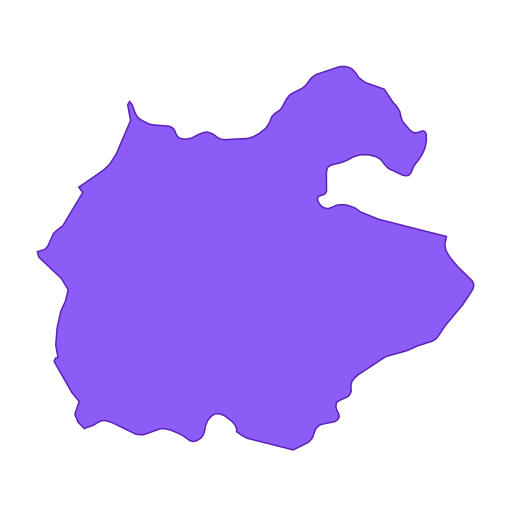 outline of Wicklow, rotated 182°
{"feature_id": "IRL-719", "entity_name": "Wicklow", "entity_type": "County", "adm_level": 1, "iso_a3": "IRL", "parent_name": "Ireland", "parent_adm1": "", "projection": "natural_earth1", "projection_center": [-6.415, 52.953], "detail": "fine", "context": "isolated", "style": "filled", "palette": "violet", "viewbox_px": 512, "rotation_deg": 182, "n_neighbors": 0, "source": "natural_earth", "source_scale": "10m", "svg_char_len": 2915}
<svg xmlns="http://www.w3.org/2000/svg" viewBox="0 0 512 512"><g transform="rotate(182 256 256)"><path d="M421.6,77.6L421.7,77.8L428.2,83.9L431.5,91.7L427.6,104.5L435.1,112.9L454.1,143.6L453.1,146.3L452.8,146.8L452.3,146.7L450.4,148.1L453.0,159.7L452.3,176.9L449.2,193.8L444.8,204.4L442.5,215.8L449.8,226.8L473.0,247.3L474.7,252.6L467.5,255.1L464.6,258.2L459.1,271.5L456.2,274.5L450.1,279.5L431.4,313.3L435.5,318.6L411.8,336.2L405.3,342.8L399.2,353.1L386.1,386.9L389.5,402.7L387.7,406.0L385.3,403.1L383.2,398.4L382.4,396.0L380.0,391.7L378.5,390.1L377.2,389.1L375.8,388.1L367.9,384.3L364.1,383.5L347.4,382.7L344.3,381.4L342.4,379.8L341.2,377.5L340.2,375.1L338.8,372.9L336.8,371.3L333.5,370.4L329.3,370.5L324.5,371.6L317.8,375.4L313.4,377.3L309.1,378.3L304.2,376.8L301.3,375.1L298.9,373.3L296.2,371.9L292.2,371.1L268.1,373.2L262.8,375.2L257.9,378.0L250.9,383.8L248.4,387.6L246.6,391.2L245.8,394.0L244.6,396.4L242.9,398.4L240.9,400.0L238.7,401.6L236.7,403.2L235.2,405.4L231.6,412.9L228.8,417.1L226.9,418.8L224.7,420.4L217.2,424.3L214.9,425.9L212.9,427.6L211.3,429.7L208.3,434.0L206.7,436.0L204.2,438.1L201.4,439.8L180.4,447.7L177.2,448.4L173.6,448.5L169.6,447.7L165.9,445.8L161.8,441.3L159.8,438.0L153.1,433.3L133.7,427.2L124.1,413.9L121.7,411.7L119.1,408.3L117.3,405.2L115.8,399.4L113.9,395.2L106.8,387.4L104.2,385.5L101.6,384.6L98.8,385.0L93.9,386.9L91.5,386.2L90.0,383.6L89.8,377.2L90.3,373.2L91.0,369.6L93.0,364.5L95.5,359.8L101.5,351.2L103.4,346.0L104.7,343.5L106.5,341.8L109.4,341.4L112.3,341.9L125.9,347.7L128.0,349.3L130.0,351.2L133.2,355.1L135.0,356.9L137.2,358.4L140.0,359.6L146.7,361.0L154.0,360.9L157.3,360.2L162.7,358.2L167.3,355.4L172.5,352.9L184.2,349.4L186.6,348.0L188.0,345.9L188.4,343.1L188.5,340.1L187.8,325.5L187.9,322.8L189.0,320.8L191.0,319.5L193.4,318.7L195.0,318.1L196.4,316.5L196.5,314.0L194.7,310.8L193.2,308.9L190.9,307.2L188.4,306.2L185.4,305.9L181.0,307.6L178.1,309.2L174.6,310.1L171.0,310.3L167.2,310.1L158.8,307.5L153.4,303.8L134.5,296.9L66.3,282.1L67.7,274.0L66.5,268.6L64.1,264.3L61.1,260.2L54.2,252.6L38.9,238.5L37.8,236.2L37.3,233.8L37.9,231.4L39.4,228.0L47.8,214.4L64.3,193.2L71.3,182.0L73.3,179.5L76.7,177.1L91.2,171.9L101.5,166.8L121.6,160.4L124.5,158.8L149.7,140.9L153.3,137.4L155.6,134.4L156.6,130.3L156.5,127.4L156.1,124.4L157.0,121.5L159.2,118.7L167.7,114.5L170.5,112.4L170.9,108.2L170.1,105.4L167.6,100.6L167.3,97.9L168.7,95.3L171.5,93.2L185.2,89.9L188.0,88.0L190.4,85.0L193.4,76.0L195.9,72.9L197.7,71.3L212.1,63.5L258.7,73.6L263.8,76.2L269.3,79.7L269.3,82.3L270.8,86.0L274.0,89.7L282.2,95.5L287.2,97.0L291.0,97.0L293.2,95.7L295.3,94.0L297.1,91.9L298.6,89.6L300.6,84.4L301.4,78.5L302.4,75.4L304.6,72.2L309.5,68.9L312.9,68.4L316.0,69.3L321.4,73.1L326.0,75.6L335.5,79.1L341.1,80.2L345.3,80.1L361.9,73.5L366.3,73.3L370.0,73.8L394.1,84.5L398.7,85.8L401.9,86.3L404.8,85.9L406.9,84.9L412.6,81.2L421.5,77.7L421.6,77.6Z" fill="#8b5cf6" stroke="#5b21b6" stroke-width="1.5"/></g></svg>